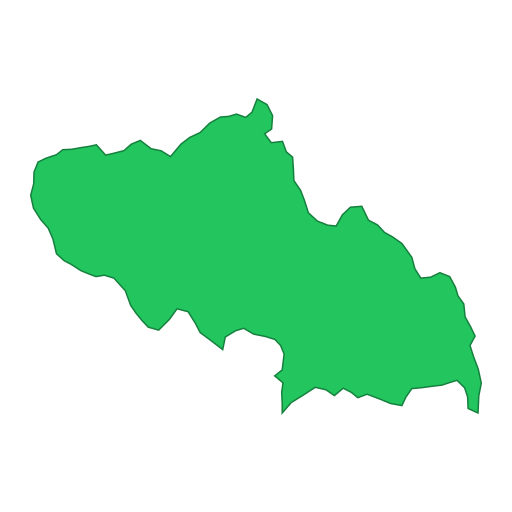 the district of Juatuba, Minas Gerais, Brazil
{"feature_id": "56859067B43711493221364", "entity_name": "Juatuba", "entity_type": "district", "adm_level": 2, "iso_a3": "BRA", "parent_name": "Brazil", "parent_adm1": "Minas Gerais", "projection": "natural_earth1", "projection_center": [-44.35, -19.955], "detail": "fine", "context": "isolated", "style": "filled", "palette": "green", "viewbox_px": 512, "rotation_deg": 0, "n_neighbors": 0, "source": "geoboundaries", "source_scale": "gbopen_adm2", "svg_char_len": 1706}
<svg xmlns="http://www.w3.org/2000/svg" viewBox="0 0 512 512"><path d="M361.8,206.3L350.4,207.2L342.4,214.8L336.2,226.0L327.7,225.2L317.4,221.1L308.4,212.8L304.4,200.3L300.6,190.4L293.9,180.6L293.4,169.0L292.6,157.2L286.3,151.8L282.5,141.4L271.3,142.7L264.6,133.8L271.6,129.0L272.6,115.7L267.0,104.6L257.1,99.0L252.0,112.2L245.7,117.4L236.5,114.1L228.7,116.4L220.5,117.0L209.8,123.0L200.2,132.5L189.6,137.5L180.9,144.2L170.5,156.6L161.2,150.8L151.1,148.7L140.3,140.4L131.2,144.2L124.0,150.6L113.6,153.3L105.6,155.1L96.4,144.8L89.1,146.4L80.5,147.7L71.6,149.3L62.8,149.7L56.5,154.7L46.0,158.2L38.1,162.0L34.0,172.1L33.7,183.8L30.7,195.4L33.5,208.2L40.7,219.6L48.2,228.1L52.9,238.9L56.5,253.8L64.2,260.7L71.2,264.4L80.8,270.6L88.3,273.7L96.0,276.6L104.3,275.2L113.9,278.1L125.3,290.7L130.7,305.4L135.8,312.9L141.9,320.4L148.3,327.2L158.7,330.1L169.5,319.3L177.0,308.8L188.1,311.7L195.6,323.7L200.2,332.6L209.8,339.7L222.7,349.6L225.3,337.0L235.7,330.7L243.7,328.3L253.6,334.1L265.9,336.6L275.0,339.5L280.6,345.5L284.1,354.0L282.2,369.9L274.7,375.9L283.0,382.8L281.7,392.1L282.2,403.5L282.2,413.0L291.3,402.5L303.1,395.2L315.3,387.3L326.0,389.8L334.4,395.6L343.2,388.2L351.2,392.3L357.8,397.7L367.1,394.2L378.9,398.7L390.6,403.5L401.9,405.6L405.9,397.1L411.8,388.6L422.4,387.6L431.9,386.3L442.0,385.1L449.5,382.6L457.0,380.3L464.6,387.8L467.6,396.7L468.1,408.5L478.0,413.0L478.8,395.8L481.3,383.2L478.3,369.3L473.5,356.5L470.0,345.5L475.1,336.1L470.5,326.6L465.1,316.9L463.8,304.0L458.0,295.9L455.4,287.2L449.7,276.6L439.9,272.7L430.7,277.2L420.8,278.1L414.9,268.8L411.8,257.3L401.9,243.5L392.7,237.0L384.6,232.5L377.6,225.0L368.5,220.2L361.8,206.3Z" fill="#22c55e" stroke="#15803d" stroke-width="1.5"/></svg>